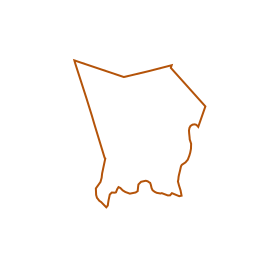 the district of M'Bagne, Brakna, Mauritania, rotated 307°
{"feature_id": "47542326B91967865285968", "entity_name": "M'Bagne", "entity_type": "district", "adm_level": 2, "iso_a3": "MRT", "parent_name": "Mauritania", "parent_adm1": "Brakna", "projection": "orthographic", "projection_center": [-13.836, 16.289], "detail": "fine", "context": "isolated", "style": "outline", "palette": "amber", "viewbox_px": 256, "rotation_deg": 307, "n_neighbors": 0, "source": "geoboundaries", "source_scale": "gbopen_adm2", "svg_char_len": 1137}
<svg xmlns="http://www.w3.org/2000/svg" viewBox="0 0 256 256"><g transform="rotate(307 128 128)"><path d="M149.7,44.5L147.8,47.0L126.9,76.7L115.9,92.0L110.9,98.7L90.1,127.3L90.0,128.2L76.1,134.7L72.4,136.9L68.3,138.5L60.4,138.7L55.4,142.8L53.6,145.2L52.6,148.9L52.7,151.1L51.6,158.4L53.9,158.5L58.1,156.2L63.9,153.5L66.7,153.9L68.4,156.4L69.4,157.1L72.6,156.2L75.1,156.0L75.5,158.0L75.0,161.3L75.3,164.4L76.7,169.0L81.1,172.9L83.4,173.7L87.4,171.3L89.2,170.3L92.9,170.8L94.9,172.5L96.6,174.0L97.3,175.8L97.3,177.1L97.5,178.7L96.3,180.5L94.2,183.0L93.1,185.1L93.1,187.7L93.5,189.9L95.2,193.3L96.3,194.2L98.1,200.3L99.5,202.1L102.4,202.3L103.6,207.0L104.4,210.0L106.2,211.5L109.8,207.5L112.8,203.3L115.4,200.0L117.3,199.1L119.4,197.8L121.5,196.8L124.3,195.6L125.7,195.0L129.0,193.5L130.2,193.2L131.1,193.2L135.1,194.6L138.7,194.8L142.9,193.6L145.8,192.5L149.3,190.8L153.4,187.9L156.0,184.2L157.5,182.9L160.5,180.1L162.7,178.2L165.1,177.0L167.3,176.7L169.5,177.5L171.0,179.0L171.6,180.4L171.5,182.1L171.2,183.4L191.8,176.8L201.8,126.0L204.4,125.1L185.6,110.1L166.2,94.0L149.7,44.5Z" fill="none" stroke="#b45309" stroke-width="2"/></g></svg>